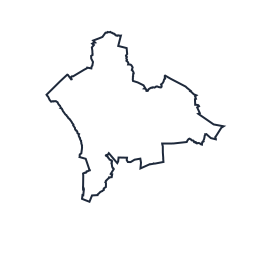 outline of Salinas Victoria, Nuevo León, Mexico, rotated 22°
{"feature_id": "50627088B71120151687353", "entity_name": "Salinas Victoria", "entity_type": "district", "adm_level": 2, "iso_a3": "MEX", "parent_name": "Mexico", "parent_adm1": "Nuevo León", "projection": "mercator", "projection_center": [-100.308, 26.122], "detail": "fine", "context": "isolated", "style": "outline", "palette": "slate", "viewbox_px": 256, "rotation_deg": 22, "n_neighbors": 0, "source": "geoboundaries", "source_scale": "gbopen_adm2", "svg_char_len": 5579}
<svg xmlns="http://www.w3.org/2000/svg" viewBox="0 0 256 256"><g transform="rotate(22 128 128)"><path d="M206.1,92.6L187.8,88.5L189.0,87.3L184.4,83.0L185.7,81.2L184.7,80.5L182.9,80.8L181.6,81.3L179.3,76.2L180.1,75.5L178.3,73.5L179.2,72.1L176.4,72.1L172.6,70.6L172.4,70.6L172.1,70.6L172.3,70.1L168.4,68.9L168.2,68.9L165.9,68.0L149.4,66.4L142.8,65.5L142.6,65.9L143.0,66.8L143.0,67.1L143.9,68.1L143.8,68.7L143.3,69.2L143.4,70.7L143.6,71.3L143.4,72.8L143.1,74.0L142.3,75.2L143.4,76.3L143.7,77.2L143.3,78.1L142.4,78.2L142.1,78.4L140.8,78.6L139.9,78.5L139.2,78.6L138.6,79.2L138.3,79.3L138.0,80.0L137.4,80.6L135.8,80.9L135.2,81.8L134.7,81.7L134.0,82.3L132.6,84.3L132.4,86.2L131.3,86.7L131.1,86.7L130.9,86.3L130.5,85.5L129.3,85.1L128.4,85.3L128.9,84.5L126.4,82.6L119.9,82.1L115.0,82.5L114.1,80.9L114.0,80.2L113.7,79.5L113.3,78.6L113.4,78.1L113.2,77.8L112.9,77.1L112.9,76.4L112.5,76.0L112.8,75.0L111.8,73.9L111.0,73.5L110.7,72.9L109.8,72.8L109.6,71.0L109.7,70.3L109.2,69.7L108.6,69.3L107.7,68.6L106.8,68.3L106.1,68.4L105.1,68.8L104.7,68.8L104.3,69.0L104.2,68.3L104.1,67.9L103.5,67.1L102.4,66.6L101.4,66.3L101.6,65.6L101.5,65.0L100.9,64.7L100.4,64.2L100.2,63.7L100.4,63.3L100.4,62.6L99.4,62.2L99.0,61.7L99.5,59.7L96.8,54.4L88.2,55.6L86.8,45.1L86.5,45.3L86.0,45.3L85.7,45.6L85.3,45.7L85.2,45.6L84.9,45.6L84.1,45.8L83.8,46.0L83.6,46.5L83.3,46.6L82.7,46.4L82.3,46.6L82.0,46.7L81.5,46.6L80.7,46.0L80.0,45.8L79.8,45.9L79.5,45.8L79.1,46.0L78.6,45.9L78.4,45.9L78.1,45.7L77.9,45.7L77.6,45.8L77.4,45.7L77.2,45.8L76.9,45.8L76.7,45.8L76.3,45.8L75.7,45.5L75.0,46.1L74.3,46.4L74.0,46.4L73.4,46.7L73.2,46.7L73.2,46.8L73.1,47.2L72.9,47.3L72.7,47.6L72.4,47.7L72.0,47.7L71.9,47.8L71.5,48.0L71.4,48.2L70.2,53.1L67.8,55.5L62.9,60.0L65.5,61.1L64.0,62.1L63.2,63.2L65.3,63.8L64.3,66.8L66.1,69.9L67.0,72.0L67.4,72.5L67.4,72.9L67.8,73.5L66.8,75.0L67.9,77.4L70.8,79.9L71.5,83.3L71.6,83.5L71.2,84.6L71.5,85.6L71.7,86.5L67.5,87.3L67.5,88.0L66.6,89.1L65.5,90.4L57.7,100.7L56.7,101.0L56.2,101.9L56.3,102.2L56.2,102.4L56.3,102.6L56.5,103.2L57.4,103.7L57.5,103.9L57.1,104.2L52.5,101.4L52.4,101.3L52.0,101.3L51.7,101.3L47.4,110.5L40.0,127.7L41.2,128.5L42.1,128.8L44.8,131.3L46.9,132.4L47.1,132.2L47.9,131.5L48.2,131.5L48.6,131.5L48.8,131.1L49.2,131.0L49.4,130.9L49.6,130.9L49.9,130.7L50.1,130.5L50.6,130.3L51.0,130.2L51.1,130.3L51.5,130.2L51.7,130.3L53.0,130.5L54.4,131.8L54.8,132.1L55.2,132.2L55.8,132.7L56.5,132.8L57.6,133.9L58.3,134.4L58.5,134.5L58.8,134.7L58.7,134.8L58.8,134.8L59.1,134.8L59.3,134.8L59.5,134.9L59.6,135.1L60.0,135.5L60.3,135.6L61.2,136.6L61.6,136.9L62.4,137.3L64.5,138.7L65.1,139.0L65.3,139.1L66.0,139.1L66.3,139.4L66.9,139.9L67.3,140.0L67.7,140.3L68.0,140.3L68.3,140.7L68.8,141.1L69.3,141.2L69.5,141.4L69.8,141.3L70.1,141.4L70.3,141.5L70.6,141.6L71.1,142.1L71.5,142.2L73.8,143.7L74.1,144.1L76.2,145.3L76.3,145.5L76.2,146.1L77.7,147.1L78.8,147.8L79.2,148.7L79.8,149.3L80.2,149.5L80.2,149.4L81.4,149.7L82.5,150.6L82.8,151.4L83.2,151.8L84.9,152.0L84.8,152.8L85.4,153.9L86.0,154.4L86.9,155.3L87.3,155.3L87.9,156.5L88.2,156.7L89.1,157.5L89.3,157.5L89.5,158.1L90.2,159.0L90.4,159.4L90.5,159.6L90.5,159.8L91.2,160.6L91.9,161.4L91.9,161.7L92.7,163.3L93.2,165.0L94.2,169.0L93.9,169.4L93.8,169.7L93.4,170.2L93.2,170.6L93.6,172.0L93.9,172.3L94.0,172.8L94.0,173.1L100.3,172.4L103.0,175.5L103.6,176.2L107.9,181.2L108.5,181.4L108.5,181.6L108.2,181.8L108.1,181.7L107.6,182.0L107.4,182.5L107.1,182.9L106.8,183.2L106.4,183.3L106.1,183.5L105.8,183.8L106.0,184.7L105.9,185.0L105.3,185.4L105.1,185.6L104.9,185.5L104.7,185.6L104.3,186.1L104.1,186.2L103.8,186.6L103.5,186.8L103.4,187.1L104.1,188.4L104.5,189.3L108.4,199.4L108.7,199.7L108.5,199.8L109.4,201.9L110.1,201.5L111.7,207.1L110.9,207.2L111.9,210.9L115.8,210.9L119.9,210.8L119.9,204.0L124.8,201.7L124.6,201.4L125.2,200.1L125.5,199.6L126.3,197.6L127.1,196.8L127.2,196.6L127.8,196.1L127.8,195.9L128.0,195.5L128.5,194.8L128.8,194.4L128.2,193.3L128.5,192.6L129.6,191.0L128.2,187.3L128.1,187.2L127.3,186.8L127.6,185.1L127.4,185.0L128.8,181.9L128.9,181.1L129.1,181.2L129.2,180.8L129.6,180.8L130.1,180.3L131.3,179.7L130.7,176.9L129.6,177.3L129.3,177.0L129.2,177.0L130.2,171.4L129.8,171.0L129.3,170.8L129.2,171.0L128.8,170.8L128.2,170.2L127.8,169.9L127.6,169.4L127.2,168.8L127.0,168.4L126.5,167.6L126.3,167.1L126.0,166.3L125.8,166.4L125.7,165.9L125.5,165.6L125.7,164.9L125.6,164.7L125.2,164.3L125.0,164.2L124.4,164.3L124.0,164.2L122.7,164.2L122.3,163.8L121.6,163.3L121.1,163.2L120.1,162.5L120.1,162.4L119.2,162.1L118.7,162.1L118.4,162.0L118.2,162.0L117.8,161.9L117.7,161.7L117.9,161.3L118.5,160.8L119.1,160.6L119.4,160.2L119.5,158.9L119.6,158.5L131.2,164.6L131.4,162.7L130.3,158.9L138.2,155.9L138.8,158.2L140.6,159.6L143.2,158.6L145.6,155.4L146.0,154.9L150.9,151.8L153.0,155.2L154.7,160.8L161.7,153.5L161.8,153.6L165.0,151.6L165.0,151.3L165.1,151.2L165.5,151.3L166.5,150.8L173.6,146.2L172.0,143.0L172.0,142.8L169.5,137.7L167.1,131.9L165.9,130.3L165.5,129.6L175.8,125.4L187.7,119.0L187.8,117.3L188.2,115.9L188.6,115.2L189.1,114.8L189.9,115.0L190.7,115.0L191.6,115.6L193.2,115.2L193.5,115.3L193.9,115.7L194.5,115.8L194.7,116.4L194.8,116.4L195.4,115.8L196.0,115.7L196.2,116.3L197.2,116.5L197.4,116.2L197.9,116.3L198.6,115.6L199.6,115.4L200.1,115.3L201.7,115.8L202.8,115.7L202.5,114.7L202.4,113.9L202.1,113.5L202.4,113.1L202.6,112.8L203.0,112.3L202.6,112.1L202.7,109.7L202.4,108.2L202.4,107.7L202.0,106.8L202.1,106.2L202.0,105.8L202.2,105.4L202.2,105.0L202.1,104.8L202.6,104.7L202.9,104.4L203.0,104.3L205.1,105.1L208.6,106.3L213.7,105.6L213.5,105.1L212.3,103.8L212.7,102.3L214.4,93.0L214.5,92.7L216.0,90.6L206.1,92.6Z" fill="none" stroke="#1e293b" stroke-width="2"/></g></svg>